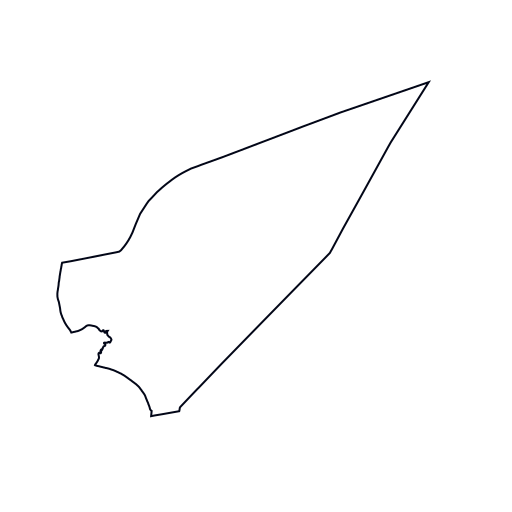 outline of Ma'rib, Ma'rib, Yemen, rotated 349°
{"feature_id": "15242507B71405176462371", "entity_name": "Ma'rib", "entity_type": "district", "adm_level": 2, "iso_a3": "YEM", "parent_name": "Yemen", "parent_adm1": "Ma'rib", "projection": "mercator", "projection_center": [45.401, 15.638], "detail": "fine", "context": "isolated", "style": "outline", "palette": "ink", "viewbox_px": 512, "rotation_deg": 349, "n_neighbors": 0, "source": "geoboundaries", "source_scale": "gbopen_adm2", "svg_char_len": 5303}
<svg xmlns="http://www.w3.org/2000/svg" viewBox="0 0 512 512"><g transform="rotate(349 256 256)"><path d="M64.4,225.6L64.1,226.3L63.8,226.9L63.6,227.4L63.4,228.0L63.2,228.6L62.9,229.2L62.7,229.8L62.5,230.4L62.3,230.9L62.0,231.5L61.7,232.3L61.5,232.9L61.2,233.7L60.9,234.3L60.7,235.0L60.4,235.7L60.2,236.3L59.9,237.1L59.7,237.7L59.4,238.4L59.2,239.2L59.0,239.8L57.9,243.1L57.6,243.7L57.3,244.5L57.1,245.2L56.9,245.9L56.7,246.7L56.5,247.3L56.3,247.9L56.2,248.2L56.0,248.7L55.8,249.3L55.5,250.0L55.3,250.7L55.0,251.5L54.8,252.1L54.5,252.8L54.3,253.5L54.0,254.4L53.8,255.2L53.7,255.8L53.5,256.6L53.5,257.2L53.3,257.9L53.3,258.6L53.3,259.2L53.3,259.9L53.3,260.7L53.4,261.3L53.5,262.1L53.6,262.8L53.7,263.5L53.7,264.3L53.7,265.1L53.7,265.7L53.7,266.5L53.7,267.2L53.7,267.9L53.7,268.6L53.7,269.3L53.7,270.0L53.6,270.7L53.6,271.5L53.5,272.3L53.5,272.9L53.5,273.8L53.5,274.4L53.6,274.9L53.6,275.3L53.7,276.1L53.8,276.8L54.0,277.5L54.1,278.2L54.1,278.8L54.3,279.5L54.4,280.1L54.6,280.8L54.8,281.4L54.9,282.1L55.1,282.9L55.3,283.8L55.5,284.4L55.6,284.8L55.7,285.1L55.9,285.8L56.2,286.5L56.4,287.0L56.6,287.7L56.9,288.3L57.2,289.0L57.5,289.6L57.8,290.4L58.2,291.0L58.5,291.7L58.9,292.4L59.1,292.9L59.4,293.5L59.6,294.1L59.7,294.7L60.0,295.4L60.1,295.9L60.7,295.9L61.4,295.9L62.2,295.8L62.8,295.8L63.4,295.8L64.1,295.8L64.8,295.7L65.4,295.7L66.0,295.7L66.6,295.7L67.8,295.5L69.1,295.2L70.3,294.9L71.4,294.6L73.2,293.8L74.7,293.1L75.5,292.6L76.2,292.3L76.8,292.1L77.6,292.0L78.1,292.0L78.9,292.1L79.7,292.3L80.8,292.7L81.8,293.1L82.4,293.4L83.0,293.6L84.2,294.1L85.5,294.9L85.6,295.0L85.9,295.2L86.3,295.6L86.7,296.2L87.0,296.7L87.2,296.9L87.5,297.1L87.7,297.4L87.8,297.6L87.8,298.1L88.0,298.5L88.3,299.0L88.8,299.6L89.1,300.0L89.4,300.3L89.7,300.5L90.2,300.6L90.5,300.6L90.8,300.4L91.1,300.1L91.4,299.9L91.5,299.8L91.7,299.7L91.9,299.7L92.1,299.8L92.3,300.0L92.4,300.4L92.4,300.9L92.5,301.3L92.5,301.5L92.6,301.9L92.8,302.3L93.1,302.5L93.4,302.6L93.7,302.6L93.9,302.5L94.1,302.4L94.2,302.2L94.3,301.9L94.5,301.3L94.5,301.1L94.8,301.0L96.1,301.2L95.4,301.9L95.3,302.1L95.0,305.0L95.4,305.7L95.7,306.3L96.2,307.1L96.4,307.3L96.6,307.5L96.9,307.7L97.2,308.0L97.3,308.1L97.4,308.3L97.5,308.5L97.8,309.1L98.1,310.2L98.1,310.7L96.4,312.9L96.0,313.1L95.6,313.0L95.4,312.9L95.3,312.4L95.0,312.3L94.7,312.2L94.5,312.3L93.8,312.5L93.6,312.6L93.3,312.6L93.2,312.7L90.6,312.1L90.3,312.2L90.2,312.4L90.2,312.8L90.4,313.2L91.0,313.6L91.2,313.9L91.2,314.4L90.9,315.1L90.5,315.4L89.2,315.6L89.0,315.8L88.6,316.3L88.2,316.8L88.0,317.0L87.9,317.6L87.6,317.9L87.3,317.9L87.2,317.9L87.1,318.0L87.1,318.4L87.1,318.6L86.9,318.8L86.8,318.7L86.7,318.6L86.6,318.4L86.4,318.3L86.2,318.3L85.9,318.5L85.6,318.9L85.4,319.1L85.4,319.3L85.6,320.1L85.7,320.5L85.5,321.2L85.4,321.4L85.1,321.6L84.9,321.8L84.6,321.8L84.4,321.7L84.2,321.3L84.1,321.1L83.9,320.9L83.3,321.2L83.0,321.4L82.8,321.8L82.6,322.2L82.6,322.5L82.6,323.0L82.6,325.0L82.5,325.8L82.4,326.1L82.3,326.4L82.1,326.7L81.8,327.2L81.3,327.7L81.0,328.2L80.6,328.7L80.2,329.2L79.8,329.6L79.3,330.1L78.9,330.5L78.4,331.0L77.9,331.4L77.4,331.9L77.1,332.4L77.4,332.7L78.1,333.0L78.6,333.3L79.1,333.6L79.7,333.8L80.4,334.1L80.9,334.3L81.5,334.6L82.3,335.0L82.8,335.2L83.4,335.5L84.1,335.8L84.7,336.1L85.3,336.4L85.9,336.6L86.6,337.0L87.2,337.3L88.0,337.5L88.5,337.8L89.2,338.1L89.8,338.4L90.4,338.7L91.0,339.0L91.6,339.4L92.1,339.7L92.8,340.1L93.6,340.5L94.1,340.8L94.6,341.1L95.3,341.6L95.8,341.9L96.3,342.3L96.8,342.6L97.5,343.2L98.0,343.5L98.6,343.9L99.1,344.3L99.7,344.8L100.4,345.3L100.9,345.6L101.4,346.0L101.6,346.2L101.9,346.5L102.4,347.0L103.0,347.4L103.6,348.0L104.2,348.5L104.6,349.0L105.2,349.6L105.7,350.1L106.1,350.6L106.6,351.0L107.0,351.5L107.4,352.0L107.8,352.4L108.3,352.9L108.7,353.4L109.3,353.9L109.6,354.3L109.9,354.6L110.4,355.2L110.9,355.8L111.4,356.3L111.8,356.7L112.2,357.2L112.6,357.6L113.0,358.1L113.5,358.6L114.0,359.2L114.5,359.9L115.0,360.6L115.4,361.1L115.8,361.7L116.2,362.3L116.5,362.9L116.9,363.7L117.2,364.4L117.5,365.0L117.9,365.7L118.1,366.4L118.4,367.0L118.7,367.6L119.0,368.2L119.3,368.8L119.5,369.4L119.8,370.0L120.1,370.7L120.3,371.4L120.5,372.1L120.6,372.7L120.7,373.3L120.8,374.0L120.9,374.6L121.0,375.2L121.2,375.9L121.3,376.5L121.4,377.1L121.5,377.7L121.7,378.5L121.9,379.2L122.0,379.8L122.1,380.4L122.1,381.0L122.3,381.7L122.4,382.3L122.5,382.9L122.6,383.6L122.7,384.3L122.7,385.0L122.8,385.7L122.8,386.3L123.1,386.9L123.4,387.5L123.8,388.0L124.0,388.2L122.5,393.2L126.3,393.2L133.1,393.4L151.0,393.7L151.2,393.4L151.8,391.8L152.2,390.6L152.8,389.8L162.6,382.8L173.6,375.0L174.0,374.8L201.7,355.2L210.8,348.9L234.6,332.4L250.6,321.3L295.2,290.5L320.6,273.0L329.1,267.1L330.9,264.9L331.4,264.4L346.7,245.6L367.4,221.0L373.1,214.2L389.9,194.1L406.5,174.2L408.8,171.5L410.0,170.1L458.7,118.3L366.5,131.2L327.0,137.8L254.6,150.4L242.4,152.5L219.8,156.0L216.0,156.7L208.7,157.8L208.1,158.0L207.8,158.1L203.1,159.4L199.2,160.6L195.5,161.9L191.7,163.4L188.0,165.1L186.0,166.1L182.0,168.1L180.5,168.9L176.7,171.0L171.0,174.4L164.4,179.2L161.1,181.5L158.8,183.7L150.3,192.5L144.0,201.8L139.2,209.4L135.9,213.8L134.8,215.0L134.3,215.6L134.1,215.9L131.3,218.8L128.4,221.5L126.4,223.1L124.6,224.6L123.8,225.0L122.6,225.6L119.5,225.7L116.4,225.7L107.7,225.7L73.4,225.8L64.6,225.6L64.4,225.6L64.4,225.6Z" fill="none" stroke="#020617" stroke-width="2"/></g></svg>